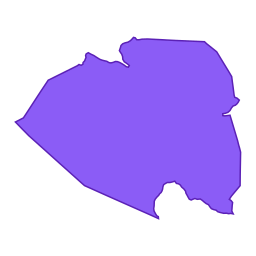 the district of Planaltino, Bahia, Brazil
{"feature_id": "56859067B83552260244664", "entity_name": "Planaltino", "entity_type": "district", "adm_level": 2, "iso_a3": "BRA", "parent_name": "Brazil", "parent_adm1": "Bahia", "projection": "mercator", "projection_center": [-40.275, -13.193], "detail": "fine", "context": "isolated", "style": "filled", "palette": "violet", "viewbox_px": 256, "rotation_deg": 0, "n_neighbors": 0, "source": "geoboundaries", "source_scale": "gbopen_adm2", "svg_char_len": 1954}
<svg xmlns="http://www.w3.org/2000/svg" viewBox="0 0 256 256"><path d="M79.0,64.5L77.4,65.7L59.1,74.8L48.2,80.2L40.8,91.3L25.6,114.6L23.4,117.9L15.4,122.0L21.8,128.6L28.8,135.7L49.0,153.8L59.9,163.6L84.5,185.6L106.8,195.6L149.2,214.4L158.5,218.6L158.3,216.6L156.8,215.8L155.5,213.7L154.1,211.1L153.7,208.6L154.1,206.0L154.2,203.5L154.3,201.2L155.2,199.2L156.9,197.1L158.7,195.3L159.6,193.8L161.1,192.5L162.0,190.9L162.6,189.1L162.9,186.8L163.7,184.6L165.1,183.7L167.2,182.5L170.0,182.5L172.5,181.9L174.8,181.2L176.4,183.4L178.5,183.8L180.3,185.0L181.6,187.0L183.8,188.9L185.5,191.1L186.0,193.3L187.2,195.4L188.3,197.5L189.3,199.2L191.2,200.0L193.0,199.2L194.9,198.5L197.2,199.3L200.3,199.0L202.3,200.4L204.0,201.9L206.2,203.6L208.5,204.7L210.0,207.0L211.4,208.7L213.7,209.6L216.1,210.2L217.7,211.7L220.2,212.5L223.7,213.3L226.5,213.2L228.6,213.7L230.7,213.4L233.2,213.9L231.8,211.0L232.0,208.6L232.2,205.5L232.6,202.5L231.1,200.6L229.3,199.3L231.4,196.1L240.1,185.7L240.2,174.3L240.6,152.2L239.5,147.8L238.8,145.5L237.6,140.7L230.0,115.2L227.4,115.6L224.8,115.9L222.8,115.6L222.8,113.7L225.3,113.3L228.0,112.3L230.0,110.5L231.4,108.0L233.1,106.0L235.4,105.2L237.0,103.8L238.2,102.2L239.3,100.1L237.0,98.1L234.7,97.3L234.1,95.1L233.0,86.5L232.3,81.4L231.7,76.6L228.2,70.7L221.0,58.9L216.7,51.8L206.6,43.7L204.5,41.7L175.9,40.5L166.3,40.0L161.4,39.7L153.2,39.3L147.6,39.0L141.8,39.2L138.8,39.8L136.7,39.7L135.2,37.8L133.5,37.4L132.1,39.0L130.5,40.6L128.1,42.1L124.9,42.9L122.7,43.8L121.0,45.5L120.4,47.7L119.4,50.6L120.6,52.6L121.7,54.1L122.6,56.6L122.8,59.3L124.3,61.8L126.0,62.9L127.5,64.0L129.3,65.5L128.3,67.2L126.1,66.6L124.3,65.2L122.4,64.0L119.7,62.5L117.4,61.6L115.4,61.5L113.1,62.4L110.9,62.9L109.0,62.6L106.8,61.3L104.6,60.8L101.9,60.1L99.8,59.3L98.0,58.2L96.4,57.2L93.8,55.5L90.8,54.1L88.3,52.7L86.2,53.9L85.6,55.5L86.0,57.5L85.3,59.1L84.6,60.9L83.1,62.5L82.9,64.2L81.2,65.3L79.0,64.5Z" fill="#8b5cf6" stroke="#5b21b6" stroke-width="1.5"/></svg>